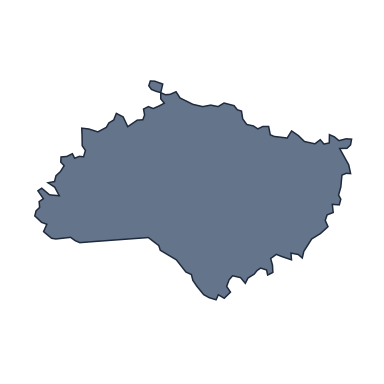 David Canabarro, Rio Grande do Sul, Brazil, rotated 193°
{"feature_id": "56859067B20020049271411", "entity_name": "David Canabarro", "entity_type": "district", "adm_level": 2, "iso_a3": "BRA", "parent_name": "Brazil", "parent_adm1": "Rio Grande do Sul", "projection": "robinson", "projection_center": [-51.809, -28.414], "detail": "fine", "context": "isolated", "style": "filled", "palette": "slate", "viewbox_px": 384, "rotation_deg": 193, "n_neighbors": 0, "source": "geoboundaries", "source_scale": "gbopen_adm2", "svg_char_len": 1940}
<svg xmlns="http://www.w3.org/2000/svg" viewBox="0 0 384 384"><g transform="rotate(193 192 192)"><path d="M53.8,278.5L60.4,275.1L65.7,277.8L71.0,278.8L69.3,270.7L74.2,268.4L78.8,271.8L83.1,266.6L93.8,266.5L101.1,270.9L108.7,273.9L111.4,266.0L119.1,265.2L124.5,264.6L128.6,265.4L132.1,273.1L137.7,271.8L142.1,268.3L147.1,270.2L153.8,270.1L159.0,274.6L162.0,282.0L166.3,282.3L170.4,285.6L180.8,285.9L185.8,281.1L193.3,280.9L200.7,277.6L210.8,277.6L224.8,280.9L230.1,286.1L235.3,282.2L239.9,280.8L244.8,281.8L243.4,275.7L239.0,272.3L243.2,268.6L248.6,264.6L253.7,265.4L257.9,261.9L255.5,256.3L256.2,251.3L261.5,249.7L269.3,241.2L276.0,249.7L283.4,251.6L284.5,244.5L288.5,240.7L290.0,235.7L297.3,229.4L306.7,230.2L313.8,229.4L311.9,222.6L309.4,212.4L305.2,208.5L305.6,201.9L309.8,201.4L313.9,198.5L317.2,202.4L321.9,198.5L327.5,196.7L326.6,191.6L322.5,188.9L324.8,182.3L328.2,177.3L328.3,171.3L334.4,168.6L326.8,165.8L320.5,158.5L330.2,157.2L339.3,161.9L342.4,158.5L335.3,152.0L338.8,148.3L337.0,142.7L339.7,138.6L339.8,133.3L331.7,128.6L326.2,127.9L327.7,120.0L322.6,117.4L318.4,115.3L314.1,115.6L300.1,120.5L294.9,118.3L289.9,117.4L274.4,122.3L266.6,124.7L224.3,137.8L212.3,132.3L209.8,128.1L192.0,122.4L180.0,112.7L174.0,111.4L171.3,106.1L166.0,101.2L157.5,94.6L151.5,92.9L144.3,92.4L143.2,97.8L136.7,95.7L132.0,103.1L137.0,107.8L136.1,114.8L133.6,119.5L125.4,119.5L119.5,115.0L118.1,120.8L112.9,126.0L110.9,130.2L108.0,133.3L101.8,132.8L99.6,128.1L95.1,131.8L97.1,138.8L100.4,144.9L95.8,150.2L89.9,149.3L79.8,148.3L81.8,154.7L74.4,155.0L69.7,152.5L69.7,159.3L64.8,173.2L57.5,180.4L51.7,188.8L55.8,194.3L55.2,200.1L49.8,203.8L52.5,211.5L45.6,212.6L45.4,218.5L48.5,222.0L48.1,230.2L49.7,242.2L45.9,244.9L41.6,245.6L45.4,253.7L57.9,267.6L50.8,269.4L48.1,273.6L48.4,279.4L53.8,278.5ZM244.8,281.8L244.8,290.6L253.2,291.6L257.6,290.8L258.0,285.8L254.6,282.8L249.3,282.0L244.8,281.8Z" fill="#64748b" stroke="#1e293b" stroke-width="1.5"/></g></svg>